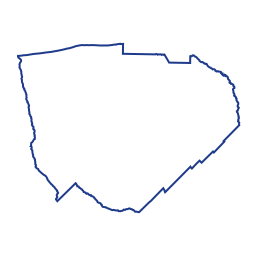 Coronel Dorrego, Buenos Aires, Argentina (Equal Earth projection), rotated 181°
{"feature_id": "61730980B45625196067006", "entity_name": "Coronel Dorrego", "entity_type": "district", "adm_level": 2, "iso_a3": "ARG", "parent_name": "Argentina", "parent_adm1": "Buenos Aires", "projection": "equal_earth", "projection_center": [-60.836, -38.64], "detail": "fine", "context": "isolated", "style": "outline", "palette": "blue", "viewbox_px": 256, "rotation_deg": 181, "n_neighbors": 0, "source": "geoboundaries", "source_scale": "gbopen_adm2", "svg_char_len": 5762}
<svg xmlns="http://www.w3.org/2000/svg" viewBox="0 0 256 256"><g transform="rotate(181 128 128)"><path d="M197.4,53.6L179.4,71.9L179.0,71.5L179.0,71.3L178.5,70.8L178.2,70.0L177.8,69.5L177.8,69.1L177.7,68.8L176.3,68.6L175.9,67.7L175.3,67.2L174.8,67.1L173.4,65.9L173.0,65.8L172.4,64.9L171.7,64.5L171.2,63.2L170.0,63.0L169.6,62.6L169.1,62.5L168.9,62.0L168.3,61.5L167.2,61.9L166.1,60.9L165.6,60.4L164.8,60.4L164.1,59.7L163.6,60.0L163.0,59.2L161.9,58.9L161.0,58.3L160.4,57.3L160.1,57.3L159.4,56.2L159.0,56.0L157.4,54.3L157.3,53.6L156.5,52.9L154.7,52.5L154.1,52.1L153.6,51.1L153.0,51.0L152.9,50.9L152.9,50.2L152.3,49.1L151.6,48.7L149.8,48.4L149.6,48.5L148.6,48.3L148.3,47.9L147.6,47.7L146.1,47.0L145.4,47.0L144.9,46.6L144.0,46.3L142.6,45.7L141.9,45.6L141.4,45.8L140.8,45.9L139.6,45.5L138.2,45.3L136.6,45.5L136.0,44.7L134.2,44.7L132.9,45.0L131.9,45.3L130.8,46.3L130.0,46.0L129.7,46.0L129.4,46.1L129.2,46.5L127.8,46.9L126.8,46.9L126.1,47.4L125.3,47.6L124.8,47.4L124.3,47.4L124.1,47.1L123.1,46.9L122.4,46.7L122.1,46.2L121.1,46.2L119.4,44.4L118.6,44.6L117.0,44.3L116.2,44.0L115.4,44.1L105.2,54.4L104.1,55.2L91.7,68.4L90.4,66.3L90.1,64.9L89.8,64.4L64.9,90.4L64.8,90.2L64.2,89.3L63.4,88.6L58.5,94.0L55.9,96.6L53.8,94.6L42.6,106.0L41.7,105.0L31.5,116.0L32.2,116.6L16.8,132.8L17.1,133.7L17.0,134.4L17.0,134.6L16.8,135.0L17.1,135.6L18.1,136.5L18.0,137.2L17.9,137.2L17.7,137.6L17.9,138.0L17.9,138.5L17.6,138.9L17.4,139.9L17.3,140.0L17.3,140.5L17.8,141.0L17.6,141.6L17.6,141.9L18.1,143.1L18.3,144.3L18.7,145.2L19.2,145.7L19.4,146.1L19.4,146.3L19.2,146.4L19.3,146.6L19.0,146.7L18.8,147.4L18.5,147.6L18.4,148.4L17.6,149.9L17.6,150.2L17.8,150.3L18.0,150.7L18.1,150.8L18.3,150.7L18.5,150.9L18.8,151.9L18.7,152.5L18.2,153.6L18.2,154.9L18.3,155.5L18.7,155.7L19.2,156.1L19.7,157.1L19.8,157.4L20.0,157.6L20.1,158.1L20.0,158.6L20.1,158.9L20.0,159.3L20.4,159.6L20.3,159.8L20.9,161.1L21.1,161.4L22.0,161.6L22.5,162.3L22.5,162.5L22.1,163.0L22.5,164.4L23.0,164.7L23.1,164.9L23.2,166.2L23.6,168.1L23.7,168.3L23.7,168.6L23.3,169.3L22.4,169.7L22.3,170.3L22.4,171.0L22.8,171.4L23.0,171.4L23.2,171.6L23.4,172.0L23.3,172.7L23.9,173.4L24.3,173.5L24.8,173.9L25.8,173.9L26.0,174.1L26.0,174.5L26.2,175.0L26.5,175.3L27.1,175.0L27.3,175.1L27.3,175.6L27.0,176.8L27.1,177.0L27.6,177.6L28.3,178.1L28.8,178.8L28.8,179.4L29.1,179.7L29.2,180.2L29.1,180.3L29.2,180.7L29.5,181.0L30.2,181.6L31.2,181.5L31.5,181.7L31.5,182.7L32.4,183.0L32.5,182.4L32.8,182.0L33.2,181.9L34.2,182.6L34.4,183.2L34.7,183.3L34.6,184.0L35.1,183.9L35.4,184.0L35.5,184.3L36.0,184.5L36.0,184.8L35.8,185.3L36.0,185.6L37.0,185.9L38.2,186.0L38.5,186.2L38.8,186.0L39.5,186.3L40.5,186.1L40.6,186.3L41.0,186.4L41.2,186.7L41.6,186.8L41.6,187.1L41.7,187.3L41.8,187.5L42.5,188.1L43.1,188.3L43.6,188.3L44.4,188.1L45.2,189.0L46.0,189.2L46.5,189.8L47.5,190.0L48.9,191.0L49.0,191.2L49.6,191.7L50.4,193.3L50.6,193.4L51.0,193.6L51.8,193.4L52.0,193.7L52.6,194.0L53.0,193.9L54.2,195.0L54.9,195.3L55.8,195.1L56.1,195.2L57.6,196.3L57.9,197.1L59.7,198.7L60.5,199.7L61.8,200.6L62.2,200.6L62.7,200.8L63.3,201.6L63.6,201.8L64.8,201.7L65.3,201.0L66.0,200.9L66.2,200.7L66.7,201.0L67.0,200.9L67.0,194.1L88.0,194.1L92.8,202.0L93.3,201.7L93.7,202.0L94.6,201.9L95.1,202.1L95.8,201.7L96.2,202.1L97.0,202.3L97.7,202.1L98.8,202.2L99.6,201.8L100.0,202.2L101.1,202.5L101.7,202.1L134.4,202.1L134.4,212.0L136.3,211.8L137.6,211.9L137.6,212.0L141.2,211.4L141.3,211.2L142.5,211.2L146.9,210.5L149.5,210.2L156.4,210.0L164.8,210.3L169.0,210.1L170.6,210.2L172.8,210.0L175.4,210.1L177.1,209.9L180.8,209.1L182.3,208.7L184.2,207.9L188.6,206.6L190.7,206.3L192.0,205.8L198.3,204.3L206.4,202.7L211.8,202.0L217.3,201.1L223.6,200.4L230.7,199.1L233.5,198.9L237.0,198.3L239.2,198.2L239.2,197.4L238.8,196.5L236.5,194.7L236.1,194.0L236.0,193.3L236.0,193.1L237.0,191.4L237.6,189.8L237.4,188.6L237.5,187.0L237.5,186.5L237.0,185.8L236.7,185.0L236.0,183.6L235.9,183.1L235.6,182.3L235.6,181.6L235.7,180.8L235.4,180.1L235.2,178.5L234.9,177.9L234.7,177.3L234.9,176.7L235.4,175.7L235.1,174.6L234.9,174.4L234.8,172.1L233.9,170.3L233.7,169.0L233.7,167.4L233.1,166.7L233.0,166.1L232.3,165.4L232.5,164.6L232.4,164.4L231.7,163.7L231.4,163.2L231.2,162.3L230.5,160.7L230.5,160.1L230.1,159.5L230.1,157.5L229.9,156.6L230.3,155.5L230.2,155.1L229.6,153.7L228.9,152.6L229.1,152.2L229.1,151.9L228.4,151.3L228.0,150.1L227.3,148.8L227.4,148.1L227.8,147.5L227.8,147.0L227.4,145.8L227.5,145.5L227.2,144.1L227.3,143.6L226.9,142.3L226.8,141.7L227.0,140.8L226.9,140.4L226.1,139.3L225.9,138.4L225.4,137.7L225.0,137.3L225.1,136.4L224.7,135.7L224.6,134.9L224.7,133.1L224.3,132.5L224.2,131.7L223.8,130.9L224.1,129.8L223.9,129.7L223.9,129.1L223.7,128.5L222.7,127.8L222.5,127.0L222.7,126.4L222.7,125.3L221.8,124.8L221.8,124.3L221.4,123.7L221.3,123.2L221.4,122.3L221.7,121.8L221.8,121.4L221.4,119.6L221.3,119.2L221.1,119.1L221.3,118.3L220.9,117.1L221.0,115.4L221.7,115.2L223.1,112.6L224.6,111.2L224.5,110.4L224.6,110.0L224.6,109.3L224.6,108.9L224.5,108.6L224.9,108.1L224.4,107.9L223.9,106.9L224.0,106.3L224.4,105.5L224.4,105.2L224.1,104.8L223.4,104.2L223.3,103.9L223.2,103.0L223.2,102.4L222.9,101.0L222.9,100.5L222.3,99.3L222.5,98.3L222.4,98.0L222.1,97.5L222.0,97.2L221.0,96.1L220.8,95.5L220.8,95.0L220.4,94.6L220.4,94.4L220.4,93.3L220.1,92.7L220.2,92.2L220.0,91.2L220.1,90.2L219.4,89.4L219.4,89.1L219.4,88.4L219.8,87.8L219.8,87.6L218.7,86.3L218.2,85.9L217.1,85.4L216.4,83.9L215.9,83.4L214.0,81.8L213.2,81.1L212.0,80.2L211.5,79.7L210.2,79.1L209.0,78.1L207.9,76.1L207.4,74.7L206.4,73.6L205.5,72.4L204.7,71.7L204.5,71.4L204.3,71.0L202.6,69.6L202.0,68.7L200.6,67.7L200.1,66.8L198.8,65.3L197.9,64.4L197.7,64.1L197.8,63.5L197.6,63.2L197.1,62.6L196.7,61.9L196.8,61.6L197.5,61.0L198.1,59.8L198.1,59.5L197.5,57.7L197.9,56.9L198.7,56.0L198.8,55.7L198.6,55.1L198.2,54.8L197.4,53.6Z" fill="none" stroke="#1e3a8a" stroke-width="2"/></g></svg>